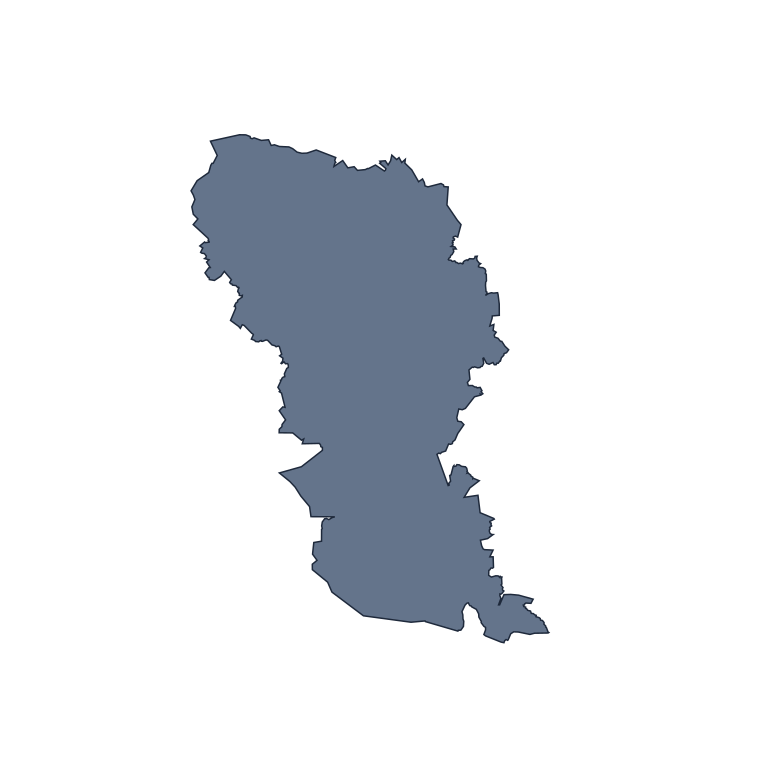 outline of Victoria, Guanajuato, Mexico, rotated 147°
{"feature_id": "50627088B96673154925588", "entity_name": "Victoria", "entity_type": "district", "adm_level": 2, "iso_a3": "MEX", "parent_name": "Mexico", "parent_adm1": "Guanajuato", "projection": "orthographic", "projection_center": [-100.227, 21.387], "detail": "fine", "context": "isolated", "style": "filled", "palette": "slate", "viewbox_px": 768, "rotation_deg": 147, "n_neighbors": 0, "source": "geoboundaries", "source_scale": "gbopen_adm2", "svg_char_len": 6159}
<svg xmlns="http://www.w3.org/2000/svg" viewBox="0 0 768 768"><g transform="rotate(147 384 384)"><path d="M541.0,237.8L527.5,200.8L491.1,169.5L478.6,162.9L478.7,162.2L456.6,136.5L455.9,137.0L453.6,135.7L449.4,137.4L446.3,141.6L445.7,144.0L443.6,147.5L442.6,150.6L436.5,154.4L433.9,155.0L432.5,154.6L432.8,151.5L431.8,150.4L431.8,149.3L429.3,144.7L429.8,139.7L431.4,136.8L431.7,132.0L432.5,130.9L432.2,126.3L431.4,124.6L432.8,122.4L436.7,119.5L436.0,117.4L426.4,103.8L424.3,101.7L422.6,103.0L420.8,103.2L419.9,101.7L419.2,101.8L413.8,105.5L410.2,105.5L406.5,102.9L398.0,94.5L393.5,93.0L382.0,85.8L381.1,85.8L381.5,86.7L380.5,91.1L380.8,92.1L380.2,92.8L380.7,95.6L379.8,96.4L379.7,97.8L380.0,99.5L381.3,100.6L380.7,102.3L381.2,103.6L383.3,106.1L382.3,107.1L383.3,108.3L383.8,110.1L385.4,111.4L384.8,113.8L386.8,116.0L386.8,117.8L387.5,118.7L386.7,119.7L388.0,121.2L387.6,122.7L386.5,122.2L385.8,123.0L384.3,123.0L380.2,120.0L376.1,122.3L386.1,133.6L392.3,138.5L398.1,142.0L407.3,135.8L408.2,136.4L402.7,140.5L402.1,143.5L401.1,144.8L400.5,144.1L399.1,144.1L396.2,145.1L396.8,146.6L396.1,147.9L395.1,148.4L395.3,151.7L394.1,152.0L391.0,157.3L390.2,157.8L391.3,158.9L391.3,159.5L391.9,159.6L392.3,158.9L392.8,160.9L394.8,162.3L399.1,163.6L400.4,166.5L397.6,170.6L396.6,170.5L394.5,171.4L393.2,170.4L392.0,170.6L386.6,179.6L389.4,181.4L383.0,185.3L390.0,190.4L390.7,191.8L390.2,195.2L388.2,200.5L381.3,197.9L374.5,198.3L375.7,199.2L376.4,201.3L375.8,203.3L375.0,204.3L374.1,204.4L373.5,206.2L371.0,206.4L371.0,207.6L369.9,208.9L370.6,210.1L370.2,211.1L365.1,210.6L365.1,211.4L373.5,223.7L365.8,239.5L378.5,245.3L368.5,250.1L356.8,251.0L360.5,256.4L361.0,256.3L360.3,257.4L361.2,259.4L360.9,260.3L362.0,263.6L362.8,263.9L361.8,264.3L362.2,265.3L361.4,265.9L360.5,268.3L360.8,270.2L363.8,272.7L364.9,275.2L366.8,276.7L368.5,275.9L370.2,276.7L369.8,277.5L371.0,277.1L377.3,271.3L378.7,271.5L381.1,266.2L383.9,265.4L384.4,263.7L385.5,263.9L377.9,296.2L375.7,296.2L374.7,294.9L372.8,295.3L368.8,294.2L362.5,298.5L360.9,297.1L359.1,296.8L357.9,298.1L354.9,298.4L349.1,302.3L339.1,306.4L339.8,310.3L342.4,312.6L341.3,316.1L334.9,322.3L332.4,319.8L329.0,319.2L315.1,324.0L308.9,322.0L308.7,323.0L308.1,322.0L306.4,322.0L306.8,324.6L305.5,325.0L305.2,328.8L308.0,330.1L308.2,331.1L309.6,332.2L310.7,334.6L314.1,336.7L313.2,339.9L309.4,341.1L305.1,349.5L300.8,350.1L300.0,349.2L298.7,349.1L296.7,346.6L294.5,345.5L293.4,345.9L292.0,345.4L289.1,347.0L287.1,351.6L286.2,351.5L286.7,345.5L285.1,343.3L280.9,342.7L281.0,340.1L279.5,339.1L278.0,340.0L276.9,339.2L274.0,340.3L273.8,339.9L271.2,342.1L268.0,342.8L266.7,344.1L264.2,343.5L260.8,344.8L262.0,349.9L262.0,355.6L262.9,356.2L263.2,357.2L263.5,360.3L265.6,363.0L264.9,365.0L261.7,366.3L263.3,369.5L259.4,374.1L263.7,375.0L257.6,380.2L256.1,382.1L249.9,378.8L243.8,388.3L239.7,396.7L239.0,398.7L242.5,400.5L244.3,402.1L247.3,403.0L250.7,403.0L248.3,403.8L247.6,405.1L248.1,405.9L245.3,411.2L243.3,414.0L241.9,414.7L238.4,420.4L238.9,421.4L237.1,423.4L236.7,425.4L237.7,427.7L239.8,429.3L240.9,430.9L239.9,432.0L237.4,432.3L238.4,433.8L238.6,437.1L237.7,439.2L236.2,440.4L238.1,441.4L239.3,440.2L240.9,440.2L244.1,442.6L246.4,442.0L246.7,442.9L248.8,443.4L250.5,443.3L251.7,442.7L251.8,442.0L252.6,441.9L254.0,443.7L256.0,444.5L256.8,446.4L257.5,446.6L257.6,448.7L260.0,449.6L260.4,451.3L262.1,452.6L262.3,453.3L261.1,454.1L259.5,454.2L258.0,455.5L256.4,455.5L253.4,457.0L252.5,459.5L249.9,457.9L249.9,460.4L252.8,462.8L250.3,463.0L250.0,465.0L249.6,465.4L249.0,465.0L248.4,466.9L246.8,466.4L245.9,467.1L246.5,468.9L245.7,469.6L243.5,469.1L242.2,467.1L232.6,475.7L233.3,481.4L233.7,499.9L222.8,514.3L226.2,516.9L225.7,518.6L227.0,521.1L239.8,525.4L241.7,527.8L240.4,531.1L240.0,535.0L244.8,534.8L244.1,548.5L246.2,557.9L243.8,560.8L248.5,560.1L248.1,565.7L251.1,565.3L252.8,571.7L256.9,567.6L261.3,565.5L261.3,570.5L266.1,573.1L266.0,571.6L267.4,571.5L265.1,563.6L266.4,562.5L267.7,562.4L271.9,572.3L279.7,573.1L280.4,573.7L282.9,574.0L289.9,577.6L290.7,582.5L296.6,585.0L296.9,593.9L307.5,593.7L305.0,596.0L303.8,596.0L303.6,598.3L301.1,600.2L313.4,617.2L322.8,619.6L327.2,622.2L330.6,625.8L332.4,631.1L334.6,634.6L342.4,640.2L345.6,644.3L348.7,645.5L347.8,651.7L354.2,655.1L358.9,661.2L360.9,661.5L362.1,663.0L361.5,664.5L364.2,668.2L369.4,671.7L397.3,682.2L399.4,666.5L407.1,662.1L408.1,662.8L410.1,661.8L415.8,656.8L430.0,656.3L440.6,651.1L441.0,646.2L442.1,641.7L448.7,637.2L451.5,630.2L450.2,623.8L457.2,621.6L452.2,602.1L452.3,601.0L453.4,600.0L453.0,598.8L453.4,598.2L456.9,599.9L457.1,600.8L463.3,600.1L461.9,596.8L466.1,594.3L465.5,592.9L463.6,591.2L463.3,588.1L464.5,587.0L466.2,586.9L463.1,583.5L466.4,582.9L466.3,576.3L467.7,576.9L473.6,574.7L473.4,569.2L472.7,568.7L473.6,566.7L469.8,563.2L462.1,563.3L456.6,565.4L455.2,554.6L458.1,553.3L458.1,551.7L457.1,550.6L457.3,549.5L454.5,547.1L454.2,544.9L453.2,544.3L453.3,543.5L453.9,543.5L456.3,541.3L456.3,539.4L455.9,538.9L457.1,537.2L455.9,535.8L454.5,535.5L455.5,534.2L461.1,533.9L462.1,532.6L463.7,532.7L465.5,531.8L467.2,530.6L466.4,530.1L467.3,528.2L478.1,520.9L474.5,511.5L474.2,508.9L470.6,510.9L469.4,509.3L467.3,498.6L466.7,497.2L466.7,496.5L470.8,493.9L468.8,491.1L468.6,489.6L466.1,487.6L464.5,487.8L463.4,487.4L463.6,486.7L462.6,485.9L459.0,485.2L457.8,484.0L456.7,477.8L454.7,475.6L454.2,474.0L452.0,473.4L451.4,472.5L453.6,464.7L456.2,464.5L454.7,460.7L456.6,458.4L459.1,457.5L458.8,456.8L455.8,457.0L455.6,454.6L453.7,453.6L453.9,452.2L455.2,450.0L457.1,450.0L462.0,446.8L463.2,444.2L464.9,444.7L466.5,444.4L467.8,443.3L468.8,443.6L469.2,442.5L474.8,439.0L474.8,434.8L476.0,434.6L474.9,432.2L479.7,418.3L481.3,419.9L486.4,418.7L486.1,407.5L491.5,405.6L492.9,403.8L496.5,403.1L498.5,400.2L487.2,392.7L483.8,381.8L481.3,381.6L485.1,378.4L470.6,369.4L470.4,367.6L471.1,365.8L470.2,364.4L471.8,361.9L498.3,359.6L520.2,366.4L516.0,353.3L514.7,345.9L514.8,335.3L513.2,321.7L517.5,312.5L497.6,299.4L500.3,300.2L504.1,300.3L505.4,302.4L507.2,303.3L510.9,301.9L513.6,298.9L514.5,296.4L515.5,296.1L522.0,286.2L529.2,289.3L536.6,280.2L536.2,272.6L542.3,271.9L545.2,267.3L539.2,248.5L541.0,237.8Z" fill="#64748b" stroke="#1e293b" stroke-width="1.5"/></g></svg>